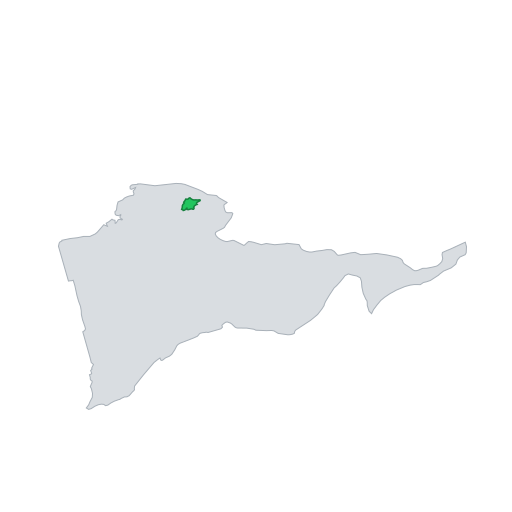 Momo, Nord-Ouest, Cameroon (highlighted), rotated 74°
{"feature_id": "32672807B23500574999001", "entity_name": "Momo", "entity_type": "district", "adm_level": 2, "iso_a3": "CMR", "parent_name": "Cameroon", "parent_adm1": "Nord-Ouest", "projection": "equal_earth", "projection_center": [9.833, 6.013], "detail": "fine", "context": "in_parent", "style": "filled", "palette": "green", "viewbox_px": 512, "rotation_deg": 74, "n_neighbors": 0, "source": "geoboundaries", "source_scale": "gbopen_adm2", "svg_char_len": 4443}
<svg xmlns="http://www.w3.org/2000/svg" viewBox="0 0 512 512"><g transform="rotate(74 256 256)"><path d="M154.1,349.8L154.9,347.0L160.6,333.8L164.2,312.8L165.9,307.9L167.6,304.6L176.0,293.4L179.1,289.8L183.6,285.7L186.9,277.5L187.9,276.7L189.4,276.0L196.6,269.0L197.2,270.4L197.7,272.0L198.2,272.8L200.6,273.3L203.8,273.3L205.6,272.8L206.6,271.4L207.6,267.5L208.2,266.8L208.9,266.6L212.5,269.3L218.2,276.9L219.7,278.3L220.3,279.8L221.6,286.7L222.3,288.4L223.6,289.1L225.8,288.7L228.2,287.4L230.2,285.7L232.2,283.4L233.6,281.3L234.2,279.8L234.5,274.1L235.0,272.9L242.5,264.7L242.3,263.9L241.1,261.6L240.0,259.1L241.1,256.5L242.2,254.5L246.6,247.7L246.8,242.7L250.3,235.0L252.3,224.7L252.3,222.8L256.9,211.5L261.6,210.5L263.5,208.9L265.6,206.1L266.9,203.5L267.6,201.1L268.0,196.3L268.9,190.9L269.4,186.1L270.8,181.7L273.2,179.5L277.3,177.6L278.0,176.8L278.5,173.8L279.1,164.1L279.8,159.8L283.6,155.0L285.3,147.4L286.8,139.4L291.1,129.8L296.2,120.3L298.5,117.7L300.5,116.5L302.8,116.4L304.4,115.7L309.9,110.9L312.2,109.3L313.8,107.7L314.3,106.2L314.4,104.1L313.8,99.2L314.8,95.6L315.3,90.0L315.5,85.6L315.3,84.1L314.2,81.6L312.6,78.9L309.8,77.2L306.0,76.8L304.0,75.8L303.3,70.8L303.0,67.7L300.4,51.0L305.1,51.1L310.9,53.1L312.4,54.6L313.2,60.3L315.3,63.5L318.9,66.1L321.2,71.6L322.2,79.9L324.2,84.9L324.7,85.7L327.6,95.1L327.8,99.4L327.6,102.3L328.8,105.9L327.0,112.1L326.5,115.9L326.4,121.2L327.5,130.6L329.2,137.9L331.1,143.7L333.1,148.3L336.5,153.3L340.0,157.9L343.3,160.8L340.3,162.5L334.4,162.7L331.0,161.8L329.4,161.7L327.8,162.3L321.5,163.2L315.2,162.8L309.3,161.6L305.7,161.8L303.0,164.6L300.8,168.8L298.7,172.2L299.4,175.9L301.0,177.9L304.1,182.4L306.8,186.8L308.2,189.7L313.7,196.1L319.0,201.8L321.5,203.8L322.4,204.2L325.3,207.5L329.2,212.9L332.9,221.3L338.1,238.2L339.2,239.6L340.9,240.5L341.2,242.3L341.0,245.0L340.5,247.1L336.5,256.0L332.9,259.4L331.9,261.5L330.6,266.6L327.3,276.6L325.9,278.1L322.7,284.9L320.2,293.5L319.5,294.8L318.4,295.9L314.7,298.0L313.4,299.1L311.5,301.8L311.3,303.5L312.2,306.0L313.2,307.9L315.2,307.9L316.3,309.8L316.3,323.1L315.4,325.1L315.5,326.0L315.0,328.3L314.9,330.9L315.2,331.9L315.9,332.7L317.0,334.5L317.6,338.6L318.9,353.0L319.5,355.3L320.5,356.9L323.8,360.0L327.3,364.1L328.4,366.8L329.0,371.1L330.4,374.5L330.3,375.7L329.8,376.2L327.6,376.4L328.4,378.9L330.2,383.3L339.0,396.6L347.5,408.5L349.5,409.4L351.0,409.7L351.7,410.4L352.5,412.1L355.3,416.4L355.8,418.9L355.2,421.3L355.8,425.1L356.3,426.4L356.2,427.6L356.5,432.2L357.3,436.1L358.5,439.5L358.4,441.9L356.7,443.2L355.8,445.4L355.5,448.5L356.0,452.2L357.3,456.6L357.3,459.2L355.3,461.0L353.0,457.9L350.5,455.9L346.7,452.3L342.9,451.0L338.0,450.8L335.9,451.3L332.3,448.4L331.1,448.0L329.5,449.2L328.4,449.2L327.0,448.8L324.2,448.8L324.0,446.8L323.5,446.3L320.5,446.5L319.5,444.8L319.1,445.0L318.0,444.5L315.5,442.1L313.0,443.7L307.7,443.5L281.1,443.4L280.4,441.2L279.1,440.0L276.7,439.9L269.6,440.3L264.2,440.0L260.6,439.1L256.1,438.6L250.5,439.0L244.8,439.0L234.6,438.3L228.9,438.4L229.0,439.8L228.7,440.8L228.4,443.2L192.2,443.2L189.3,441.6L188.4,440.5L188.1,438.5L187.4,438.3L188.0,429.8L189.2,422.7L189.7,416.1L191.4,410.3L190.5,404.5L189.4,402.0L184.0,393.7L186.5,390.6L183.2,391.0L182.5,388.0L180.9,384.3L181.8,383.7L182.8,381.7L185.8,382.3L185.7,381.4L183.1,378.3L183.3,376.7L184.4,375.0L183.9,374.3L182.0,376.1L180.7,376.0L179.7,374.8L178.9,374.6L179.4,377.0L178.3,379.1L177.3,379.8L175.7,379.7L174.3,379.2L173.9,378.0L172.6,377.1L169.0,375.6L166.0,373.7L165.3,368.7L164.1,366.6L163.6,364.1L163.4,361.3L163.8,357.1L163.0,356.4L162.1,356.1L160.8,356.3L159.6,356.1L158.1,353.7L156.9,352.8L157.6,357.2L156.8,358.4L154.6,358.0L153.6,356.4L153.5,355.2L154.5,349.9L154.1,349.8Z" fill="#d9dde1" stroke="#a8b0b8" stroke-width="1"/><path d="M186.1,296.6L185.5,298.3L184.9,300.6L183.9,302.0L182.8,302.9L181.9,303.4L181.8,304.1L182.0,304.7L182.6,305.9L182.2,307.2L181.9,307.8L182.5,308.4L183.2,309.0L183.6,309.7L184.4,310.7L185.3,310.4L185.8,311.0L186.3,312.0L187.3,312.9L189.2,313.6L190.7,314.6L191.2,313.8L191.8,313.5L192.2,313.4L192.2,311.9L191.9,311.1L191.6,310.3L190.9,309.7L191.0,309.2L192.3,309.4L192.8,308.3L192.8,308.0L192.8,305.8L193.0,304.6L193.5,304.2L193.8,303.2L193.4,302.6L192.8,302.3L192.2,302.6L190.9,301.5L190.4,300.1L190.2,299.5L190.2,298.4L189.8,298.6L189.7,298.7L189.2,298.7L188.7,298.6L188.2,298.1L188.1,297.6L187.4,294.5L186.9,294.3L186.5,294.5L186.1,296.6Z" fill="#22c55e" stroke="#15803d" stroke-width="1.5"/></g></svg>